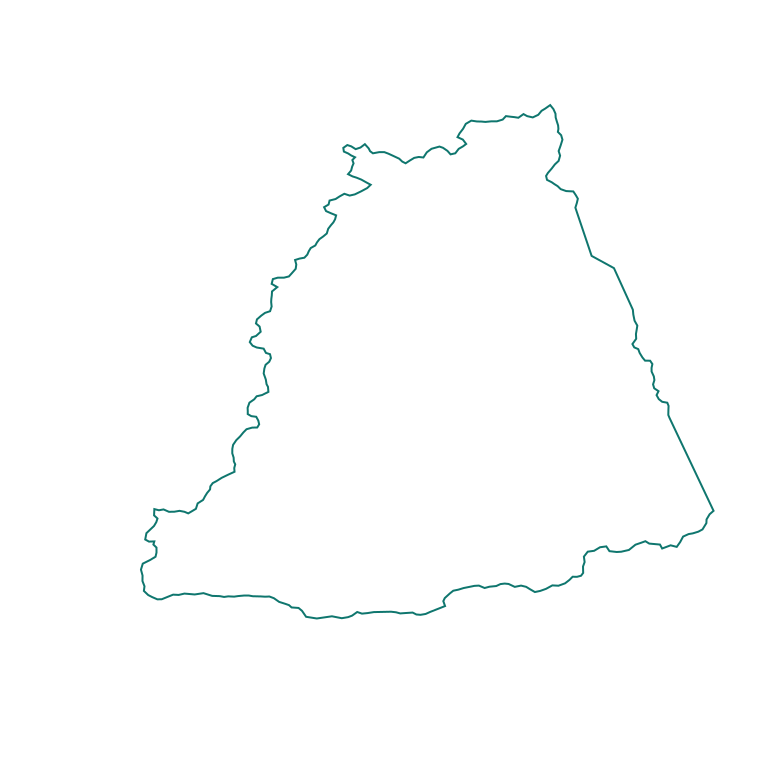 the district of Itanhém, Bahia, Brazil, rotated 255°
{"feature_id": "56859067B26534963171540", "entity_name": "Itanhém", "entity_type": "district", "adm_level": 2, "iso_a3": "BRA", "parent_name": "Brazil", "parent_adm1": "Bahia", "projection": "equal_earth", "projection_center": [-40.347, -17.08], "detail": "fine", "context": "isolated", "style": "outline", "palette": "teal", "viewbox_px": 768, "rotation_deg": 255, "n_neighbors": 0, "source": "geoboundaries", "source_scale": "gbopen_adm2", "svg_char_len": 4544}
<svg xmlns="http://www.w3.org/2000/svg" viewBox="0 0 768 768"><g transform="rotate(255 384 384)"><path d="M295.6,113.1L292.6,116.2L291.4,121.4L288.6,119.7L284.9,121.9L280.0,120.6L276.3,118.6L274.5,112.4L272.9,104.5L267.6,101.2L261.5,101.2L256.2,99.7L250.6,100.3L246.3,98.5L241.2,101.6L238.2,104.9L234.7,109.3L233.6,113.5L235.1,125.8L233.4,131.1L233.2,137.0L229.7,146.7L228.7,155.5L223.8,163.2L221.6,170.5L219.7,174.4L219.2,178.6L217.4,184.2L216.9,188.3L215.9,194.0L214.7,198.6L213.0,202.2L210.7,210.0L209.3,214.2L208.4,218.3L205.6,222.2L200.7,226.3L197.3,231.6L195.0,235.0L192.1,236.9L189.8,243.5L186.1,246.1L179.3,248.5L174.9,258.4L173.1,273.6L168.7,282.6L168.1,289.0L168.5,293.2L170.7,299.1L167.9,303.3L167.0,308.7L166.3,315.2L162.2,331.9L160.4,336.5L158.2,340.3L157.2,345.5L155.8,352.5L153.0,355.6L151.6,359.5L151.1,364.7L151.9,369.7L153.7,385.5L158.9,385.1L161.5,387.3L164.7,393.5L166.4,397.4L166.1,402.6L166.3,408.1L165.6,419.2L164.7,423.5L160.9,428.4L160.9,433.5L159.8,440.1L160.6,444.7L160.0,448.9L158.6,452.6L154.2,457.8L153.8,464.2L151.3,468.8L148.0,471.9L144.0,475.9L143.7,481.3L144.2,487.5L145.9,494.5L144.0,500.3L144.6,507.3L146.7,512.3L149.0,516.3L147.8,520.6L147.8,524.7L150.0,527.5L156.2,529.0L160.1,531.7L165.5,532.4L169.3,537.4L168.5,543.8L170.4,550.4L169.6,556.7L164.2,558.5L161.5,565.3L160.6,569.7L160.3,577.6L163.7,585.3L164.1,591.3L164.5,595.8L161.2,598.9L157.5,609.0L153.1,610.1L154.0,619.1L150.9,624.6L154.7,629.2L159.2,633.4L160.2,639.4L159.8,643.6L160.0,649.4L161.1,654.0L166.2,659.4L169.7,660.5L173.9,664.8L176.2,669.5L277.4,651.0L280.5,650.6L285.0,651.9L289.2,653.2L292.6,652.8L294.8,648.1L298.3,645.5L302.7,644.4L306.0,647.3L309.9,643.9L314.0,643.8L317.8,646.2L321.5,646.6L326.7,645.7L330.3,646.6L333.8,648.4L337.6,647.1L339.0,642.2L342.7,640.5L347.8,639.0L351.9,638.6L354.6,635.2L358.3,634.3L362.4,639.3L367.1,640.3L371.0,642.1L374.8,643.8L380.3,642.4L386.6,642.8L391.3,643.6L436.4,636.1L454.0,617.7L499.7,614.8L504.8,614.5L508.9,617.1L512.8,619.2L516.9,618.1L521.0,616.7L523.2,609.9L526.5,605.1L530.2,602.9L533.0,600.3L535.5,598.2L539.0,594.3L543.0,594.4L545.4,596.9L548.6,601.6L551.9,605.9L554.3,610.4L559.0,613.2L563.8,613.0L568.6,616.3L573.8,619.6L578.5,619.5L582.5,617.2L585.3,618.5L588.7,619.1L592.8,618.9L597.0,618.8L600.7,619.6L605.7,618.8L610.4,616.7L608.3,611.0L607.1,606.9L604.1,602.7L603.0,596.7L605.7,591.6L608.6,588.6L606.4,582.7L608.0,579.1L609.4,575.5L611.2,571.1L608.7,567.1L608.5,561.0L609.9,555.9L610.9,549.8L612.4,545.7L613.5,541.8L615.8,536.5L614.1,530.3L610.1,526.5L606.5,521.8L603.4,518.9L599.7,523.4L594.6,525.5L593.1,521.8L591.8,517.0L588.4,512.6L588.6,507.7L592.8,505.6L596.9,502.1L599.0,499.0L598.9,490.8L596.7,485.3L592.6,480.7L594.3,476.3L594.6,471.7L593.2,466.9L591.6,462.0L594.1,459.2L597.7,457.0L602.0,451.9L605.4,447.8L607.9,444.3L609.2,439.4L609.7,433.0L612.5,430.8L615.5,430.2L620.6,427.6L618.5,422.5L618.2,417.4L622.0,413.9L624.3,410.4L622.6,405.8L618.9,405.4L615.9,409.1L613.3,411.4L610.5,414.7L608.5,411.4L605.0,411.7L602.2,409.5L598.7,407.5L596.0,403.6L592.7,407.3L590.4,410.9L587.3,415.0L583.4,419.0L579.9,422.7L577.6,418.5L576.0,411.7L574.7,404.9L574.9,399.6L578.0,394.9L576.7,389.7L575.2,385.1L575.3,378.9L571.7,376.9L570.3,371.9L566.0,372.8L562.7,376.9L559.3,381.4L555.8,379.4L553.2,376.9L551.1,373.8L548.4,370.3L544.2,367.7L542.3,363.6L540.6,359.1L538.1,355.9L535.6,353.5L534.3,348.4L531.7,345.7L528.8,343.4L526.6,339.8L527.0,334.8L526.8,330.2L522.1,330.2L518.1,328.5L514.9,323.7L512.5,320.0L512.6,315.0L514.2,309.0L514.1,303.8L509.8,301.4L505.2,306.0L502.4,299.8L498.5,298.5L495.4,297.2L492.3,296.2L487.9,295.5L483.8,292.8L483.5,287.5L481.8,283.1L479.3,278.0L475.6,276.0L471.7,278.7L466.4,278.4L463.5,272.8L463.3,268.4L459.2,265.2L455.0,267.0L452.2,270.5L449.3,276.9L444.6,278.0L442.3,281.6L438.3,281.5L435.2,278.9L433.2,274.6L430.0,272.5L425.3,270.5L418.9,271.0L414.2,270.5L411.3,271.2L406.3,270.3L404.9,263.3L405.1,257.8L402.8,254.7L400.8,249.2L396.3,246.1L393.1,245.4L390.2,244.6L387.3,247.5L385.4,252.1L381.2,253.1L377.4,253.0L374.8,250.3L376.0,245.4L375.9,239.5L373.6,235.6L370.6,231.4L368.0,226.8L364.3,222.5L360.6,220.7L356.3,219.5L351.8,219.7L348.0,218.9L344.9,219.5L341.6,217.6L337.9,216.9L336.8,210.3L335.4,203.0L333.5,196.9L332.6,192.9L330.1,189.8L327.2,188.7L324.6,185.0L321.9,182.1L318.9,179.3L316.9,173.1L312.1,170.0L310.8,165.4L309.7,161.4L312.2,158.2L314.4,153.7L314.9,148.5L316.2,143.2L319.9,138.6L320.3,133.9L322.6,129.8L316.6,127.9L312.7,130.4L309.5,128.3L306.4,125.1L301.4,115.9L295.6,113.1Z" fill="none" stroke="#0f766e" stroke-width="2"/></g></svg>